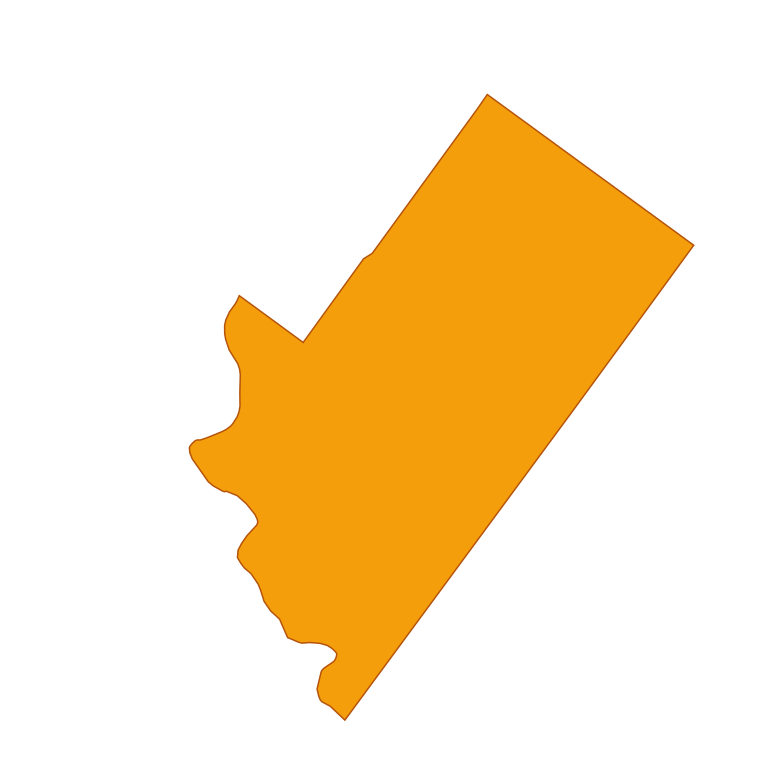 Dixon, Nebraska, United States of America (orthographic projection), rotated 216°
{"feature_id": "52423323B39829047876062", "entity_name": "Dixon", "entity_type": "district", "adm_level": 2, "iso_a3": "USA", "parent_name": "United States of America", "parent_adm1": "Nebraska", "projection": "orthographic", "projection_center": [-96.803, 42.513], "detail": "fine", "context": "isolated", "style": "filled", "palette": "amber", "viewbox_px": 768, "rotation_deg": 216, "n_neighbors": 0, "source": "geoboundaries", "source_scale": "gbopen_adm2", "svg_char_len": 1197}
<svg xmlns="http://www.w3.org/2000/svg" viewBox="0 0 768 768"><g transform="rotate(216 384 384)"><path d="M386.2,678.7L470.6,678.9L470.2,662.4L470.2,659.5L470.3,482.8L474.1,473.4L473.8,370.1L553.0,370.4L551.8,364.9L551.4,361.3L551.4,351.6L549.6,342.8L547.3,337.6L542.4,331.0L538.4,327.1L529.2,320.5L514.1,314.4L509.4,311.0L505.6,306.9L495.5,292.2L487.5,281.5L485.0,276.4L483.5,271.2L483.0,263.3L483.2,260.2L484.8,254.8L486.7,250.8L495.8,236.2L499.5,231.0L502.6,228.6L503.7,226.3L504.4,221.8L504.3,219.1L503.8,217.8L500.6,214.2L495.1,210.7L468.6,201.6L462.1,201.2L452.1,202.4L450.0,202.9L448.4,204.6L437.2,207.4L424.9,206.2L411.8,202.6L407.0,200.0L405.0,198.2L404.0,195.3L405.7,180.9L405.5,171.3L404.4,163.8L400.5,157.4L394.4,154.8L388.9,153.1L380.1,152.4L368.1,148.1L362.4,144.5L353.3,137.7L342.5,133.8L330.3,132.4L312.9,122.2L301.0,125.0L297.8,126.3L292.5,130.9L286.8,134.5L283.0,136.7L276.2,139.2L270.2,139.5L265.2,138.7L263.5,137.8L262.4,135.6L261.6,133.2L261.5,130.1L265.5,118.9L265.9,115.9L265.6,114.1L258.9,97.9L253.3,93.1L250.0,91.0L247.4,90.4L238.1,91.7L218.1,89.1L215.5,472.7L215.2,575.3L215.0,678.3L385.7,678.7L386.2,678.7Z" fill="#f59e0b" stroke="#b45309" stroke-width="1.5"/></g></svg>